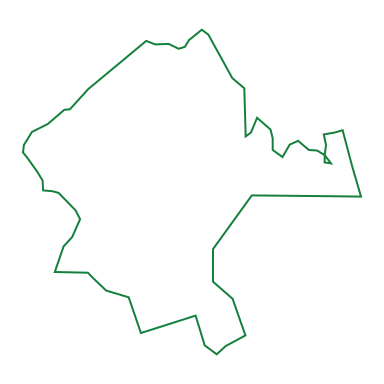 outline of Silveira Martins, Rio Grande do Sul, Brazil
{"feature_id": "56859067B90684359487697", "entity_name": "Silveira Martins", "entity_type": "district", "adm_level": 2, "iso_a3": "BRA", "parent_name": "Brazil", "parent_adm1": "Rio Grande do Sul", "projection": "equal_earth", "projection_center": [-53.557, -29.638], "detail": "fine", "context": "isolated", "style": "outline", "palette": "green", "viewbox_px": 384, "rotation_deg": 0, "n_neighbors": 0, "source": "geoboundaries", "source_scale": "gbopen_adm2", "svg_char_len": 889}
<svg xmlns="http://www.w3.org/2000/svg" viewBox="0 0 384 384"><path d="M324.7,155.2L317.1,150.5L308.9,150.0L298.1,140.8L289.7,144.6L282.5,157.0L272.7,150.0L272.7,138.4L270.5,129.5L257.1,117.8L250.9,132.6L245.7,136.4L244.3,88.3L232.3,78.1L208.4,34.7L201.8,29.7L188.9,40.2L184.9,46.8L178.8,48.8L168.6,43.9L155.2,44.4L146.2,40.9L88.1,89.2L69.9,109.3L64.3,109.8L47.8,124.0L32.0,131.9L23.9,145.0L23.0,152.5L27.4,157.9L37.0,171.4L42.6,180.5L43.1,190.4L52.4,191.2L58.6,192.9L75.5,210.3L80.1,219.2L72.2,237.0L63.6,246.4L54.8,272.0L87.9,272.7L93.2,278.2L106.2,290.6L128.7,297.3L140.9,333.0L195.6,315.6L204.7,345.4L216.7,354.3L225.6,346.1L245.4,335.4L232.6,298.8L213.0,281.7L213.0,249.1L251.8,195.4L329.0,196.2L361.0,196.6L352.2,166.4L342.6,130.2L334.5,132.6L323.8,134.4L326.0,145.0L324.7,155.2ZM324.7,155.2L331.0,163.4L324.6,162.4L324.7,155.2Z" fill="none" stroke="#15803d" stroke-width="2"/></svg>